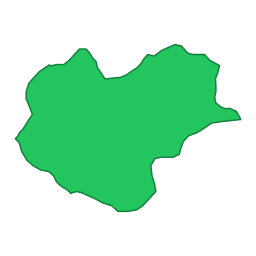 Songgan, Chagang-do, North Korea
{"feature_id": "82179303B82902527088629", "entity_name": "Songgan", "entity_type": "district", "adm_level": 2, "iso_a3": "PRK", "parent_name": "North Korea", "parent_adm1": "Chagang-do", "projection": "albers", "projection_center": [126.669, 40.752], "detail": "fine", "context": "isolated", "style": "filled", "palette": "green", "viewbox_px": 256, "rotation_deg": 0, "n_neighbors": 0, "source": "geoboundaries", "source_scale": "gbopen_adm2", "svg_char_len": 1266}
<svg xmlns="http://www.w3.org/2000/svg" viewBox="0 0 256 256"><path d="M147.6,54.8L143.9,58.9L141.3,63.2L137.4,67.5L130.9,71.7L127.0,74.6L120.5,77.4L105.0,78.9L101.2,73.2L97.4,67.5L96.1,61.8L92.3,57.5L89.8,53.2L86.0,49.0L79.5,49.0L75.6,53.2L73.0,56.1L69.1,60.4L63.9,64.6L60.0,64.6L56.2,64.6L51.0,66.0L49.1,65.0L39.3,71.7L32.8,78.8L28.9,83.1L26.2,91.7L26.1,98.8L28.6,104.5L32.4,114.5L28.5,120.2L23.2,128.7L19.3,133.0L18.0,135.8L15.4,138.7L19.2,142.9L21.7,151.5L26.8,160.1L33.2,165.8L40.9,170.1L48.6,171.5L53.7,175.8L56.3,181.5L58.8,184.3L62.7,187.2L65.3,188.6L69.1,191.5L70.8,193.4L71.7,192.9L76.9,191.5L82.0,192.9L88.5,195.8L94.9,198.6L102.7,202.9L111.7,205.7L118.1,211.4L127.2,211.4L136.3,210.0L142.8,205.7L149.3,198.6L155.8,191.4L154.6,184.3L152.0,175.7L150.8,165.8L154.8,158.6L161.2,157.2L166.4,157.2L172.9,157.2L179.3,154.3L180.7,148.6L183.3,141.5L188.5,135.8L196.3,132.9L201.5,130.0L211.7,123.0L222.2,121.5L232.5,120.4L240.6,119.5L240.3,118.5L236.4,111.4L230.0,108.5L224.8,108.6L221.0,107.1L215.8,102.9L214.6,97.2L215.9,91.5L215.9,87.2L215.5,78.7L218.1,71.7L219.5,65.6L209.6,60.2L204.5,54.5L198.0,54.5L192.9,54.5L187.7,53.1L181.3,46.0L174.9,44.6L168.4,47.4L162.0,50.3L154.2,56.0L147.8,54.6L147.6,54.8Z" fill="#22c55e" stroke="#15803d" stroke-width="1.5"/></svg>